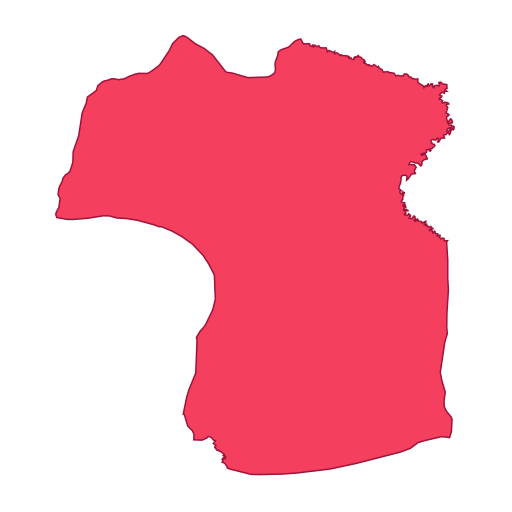 outline of Stueng Trang, Kâmpóng Cham, Cambodia, rotated 92°
{"feature_id": "14789045B55361225706218", "entity_name": "Stueng Trang", "entity_type": "district", "adm_level": 2, "iso_a3": "KHM", "parent_name": "Cambodia", "parent_adm1": "Kâmpóng Cham", "projection": "robinson", "projection_center": [105.52, 12.333], "detail": "fine", "context": "isolated", "style": "filled", "palette": "rose", "viewbox_px": 512, "rotation_deg": 92, "n_neighbors": 0, "source": "geoboundaries", "source_scale": "gbopen_adm2", "svg_char_len": 5774}
<svg xmlns="http://www.w3.org/2000/svg" viewBox="0 0 512 512"><g transform="rotate(92 256 256)"><path d="M103.0,430.0L108.8,430.9L119.1,434.7L142.1,437.4L158.3,442.4L168.6,442.3L172.0,443.2L177.4,444.7L180.0,446.7L181.2,448.9L184.8,451.5L188.7,452.4L192.9,454.6L195.8,455.4L201.5,456.0L205.2,453.8L214.4,454.7L218.7,456.9L221.3,457.6L224.5,456.5L226.0,445.9L225.9,440.4L224.2,425.8L221.1,409.6L221.1,403.7L222.9,396.3L223.1,386.8L224.4,375.9L228.5,358.6L230.2,353.4L230.0,351.4L234.2,340.4L239.1,330.9L246.3,320.0L257.3,308.8L265.6,303.0L276.3,297.0L300.6,295.1L311.4,297.4L325.9,303.8L328.5,305.3L333.2,309.3L339.4,312.7L342.6,312.0L374.9,312.1L392.7,318.6L399.9,320.4L416.6,323.2L416.7,322.2L428.3,318.3L432.9,313.4L436.6,311.7L441.9,311.8L441.9,303.5L439.6,298.7L438.1,297.4L438.4,295.3L439.8,293.3L441.3,292.3L442.1,290.1L444.8,292.1L446.8,289.4L447.9,290.4L448.9,290.5L449.0,289.9L451.3,288.5L451.7,287.4L451.3,286.6L452.4,286.0L452.9,283.7L453.7,283.3L455.3,280.7L456.6,281.8L457.2,279.4L459.0,279.5L458.3,280.3L458.4,281.3L459.1,281.8L459.7,280.7L460.3,282.8L461.8,281.8L463.2,282.7L464.2,280.0L467.2,277.8L468.9,277.3L469.9,274.5L474.4,253.4L474.3,244.6L473.0,222.2L471.5,208.0L466.2,174.1L459.5,147.6L446.8,104.5L442.9,95.1L436.9,87.7L434.7,81.3L430.2,64.7L430.3,59.4L430.8,56.2L424.6,54.6L412.2,54.4L409.7,55.6L404.7,60.1L400.1,62.6L394.0,63.0L385.5,62.1L374.0,65.9L366.0,67.8L335.6,64.3L326.9,62.1L320.5,62.9L306.6,63.2L283.2,62.5L271.6,63.6L253.6,64.2L235.4,66.0L234.0,65.1L234.2,68.0L233.6,68.8L232.2,68.5L231.8,68.9L231.7,71.0L232.4,71.4L231.9,72.5L231.0,73.3L230.1,72.7L228.8,72.9L229.8,75.0L229.4,75.7L228.0,74.8L227.5,75.3L227.3,77.0L226.5,77.9L225.3,78.0L225.0,78.6L226.6,79.3L226.7,80.3L224.9,80.5L224.1,81.6L224.7,82.9L224.4,83.6L223.7,83.6L223.0,82.6L222.6,80.1L220.3,82.5L221.1,83.8L220.9,85.1L220.0,85.3L220.0,86.9L219.4,87.2L219.0,86.4L218.2,86.6L218.3,87.9L219.1,88.2L219.0,88.9L216.8,88.4L216.1,87.3L215.3,87.5L217.3,91.2L215.9,91.7L215.1,95.9L213.8,95.4L213.4,95.9L213.8,96.9L215.8,97.8L215.0,99.2L214.4,99.1L213.9,98.1L211.0,98.6L210.4,99.4L213.2,101.7L212.8,104.3L210.3,102.9L209.0,104.1L208.5,105.1L210.2,105.6L209.5,109.2L208.6,108.9L208.0,107.7L206.6,108.4L206.0,108.2L205.6,107.7L205.5,105.7L204.9,105.9L204.4,107.7L204.4,108.5L205.4,109.4L205.1,110.1L202.4,109.4L202.4,108.0L200.9,108.7L201.3,110.5L200.4,111.0L199.7,110.6L200.2,108.6L198.9,109.3L197.8,109.1L196.9,112.6L195.5,112.4L194.3,111.3L191.3,111.3L190.2,110.5L189.4,111.7L188.8,111.7L188.3,110.0L187.4,110.0L187.1,110.8L187.5,111.6L188.8,113.1L188.4,113.9L186.5,114.6L185.8,114.1L185.8,112.8L184.0,115.1L182.2,115.6L178.1,114.1L171.3,113.5L170.1,111.6L170.2,108.8L171.4,107.8L174.9,108.1L173.6,106.6L168.9,103.6L168.3,102.3L168.3,100.0L167.8,99.5L166.4,100.5L164.9,100.6L161.7,99.0L159.2,101.1L159.3,106.5L156.8,105.2L156.3,104.4L156.3,103.4L157.4,100.1L157.6,97.3L160.2,94.6L159.9,93.9L158.6,93.4L156.3,93.5L155.1,92.8L153.6,90.7L153.2,88.4L152.6,88.1L148.3,90.6L149.5,93.8L149.2,94.5L148.2,94.5L146.7,89.4L146.1,89.0L143.9,89.4L143.5,86.7L144.8,86.5L145.1,85.5L144.5,84.9L143.4,85.6L142.8,85.5L142.5,83.8L139.4,81.0L138.2,81.7L138.0,83.4L137.3,84.3L136.8,84.1L136.1,85.2L134.3,85.0L133.6,84.3L133.5,83.0L133.9,80.6L133.6,80.0L131.9,79.4L132.2,77.7L135.7,78.4L135.8,77.4L132.0,75.4L131.5,74.6L131.8,72.8L131.4,71.7L128.9,72.8L128.3,72.2L128.2,70.7L126.2,68.9L126.7,67.7L127.9,67.0L126.6,66.0L125.5,66.1L122.9,65.0L122.4,65.4L122.6,66.4L124.9,68.1L124.5,69.5L122.9,69.4L121.4,67.6L120.7,65.0L122.8,63.8L123.0,63.1L122.4,62.7L120.0,62.4L119.3,63.5L119.2,64.9L118.3,65.4L118.4,67.1L118.0,68.0L116.8,68.3L116.1,64.5L115.1,64.3L112.6,65.5L112.1,66.3L115.9,69.1L111.5,70.5L110.2,70.1L108.3,67.9L107.3,69.0L106.6,71.0L100.7,69.6L98.7,71.2L97.9,71.3L97.3,68.6L96.6,69.0L95.7,71.4L95.8,72.8L96.7,74.6L96.5,75.4L94.3,75.0L92.6,77.5L93.1,78.2L92.6,78.5L91.8,78.1L90.7,76.2L89.7,75.8L88.9,78.2L88.3,78.1L85.9,75.9L86.8,73.4L85.0,73.6L84.7,71.1L83.6,72.9L82.7,72.7L81.9,70.9L78.0,71.3L77.5,75.2L75.8,77.6L76.4,78.3L76.0,79.0L76.5,79.4L77.3,79.0L77.2,78.4L77.8,78.3L79.7,79.1L79.0,80.9L79.6,83.2L79.9,83.9L81.6,84.0L81.3,84.7L79.0,85.9L78.0,85.4L77.7,87.0L79.5,88.3L79.9,89.1L78.1,89.9L78.6,90.5L79.3,90.4L80.6,91.1L80.6,91.7L79.9,92.1L80.4,93.1L81.9,94.0L80.4,94.5L76.9,100.4L73.4,100.4L73.8,103.4L73.2,104.4L73.2,105.9L71.8,107.6L71.9,109.0L69.8,110.4L68.9,111.8L68.9,114.1L70.8,115.3L71.1,118.6L70.4,120.4L71.2,122.6L68.6,124.3L68.0,127.7L68.2,129.5L67.2,130.3L67.7,135.5L65.3,136.5L64.0,139.4L62.2,140.2L62.9,140.9L62.6,141.9L60.5,144.7L62.3,146.7L61.8,148.4L62.0,149.4L60.9,149.6L61.2,152.0L59.6,153.1L59.5,154.9L58.5,155.1L58.6,154.4L57.6,153.8L57.5,154.7L56.9,154.5L56.0,155.1L55.2,157.1L53.9,157.6L53.4,160.1L52.1,160.6L52.4,161.2L53.0,161.1L53.0,162.1L53.7,162.4L53.5,164.1L54.4,164.0L54.6,165.1L56.1,165.0L56.1,166.4L55.6,167.8L54.9,167.8L55.1,170.3L54.5,170.4L53.9,169.6L53.1,170.7L53.4,171.2L52.8,172.0L52.7,176.4L52.0,177.9L52.6,178.4L52.0,178.9L52.2,179.8L50.4,181.4L50.3,182.1L50.2,182.9L51.2,184.4L48.8,184.5L50.0,185.8L48.0,190.2L49.5,191.7L45.6,193.0L45.7,198.4L44.9,200.0L43.7,200.5L44.6,202.5L43.4,204.4L44.6,205.4L43.7,205.4L43.1,206.1L43.3,206.9L44.7,207.1L43.9,209.7L42.3,209.6L42.0,210.1L42.3,216.1L37.6,218.8L37.9,220.5L39.5,223.8L40.9,225.7L46.1,230.6L48.4,236.7L49.7,239.2L51.3,240.9L55.1,241.4L60.7,243.3L63.9,243.7L69.6,243.0L72.6,243.9L75.4,247.7L76.7,250.7L78.0,270.4L74.0,286.1L73.4,291.8L72.5,293.0L56.5,306.5L50.4,315.0L46.0,324.0L39.8,332.7L38.6,335.2L38.4,336.9L40.2,340.7L46.4,346.6L54.0,350.0L67.1,358.1L69.1,359.6L74.6,366.5L77.0,370.0L77.4,372.0L77.5,379.2L78.5,383.2L80.9,389.1L83.4,393.6L84.6,399.5L83.8,404.2L84.1,407.3L85.2,409.4L86.4,413.7L87.6,416.0L91.3,420.0L96.3,421.4L103.0,430.0Z" fill="#f43f5e" stroke="#9f1239" stroke-width="1.5"/></g></svg>